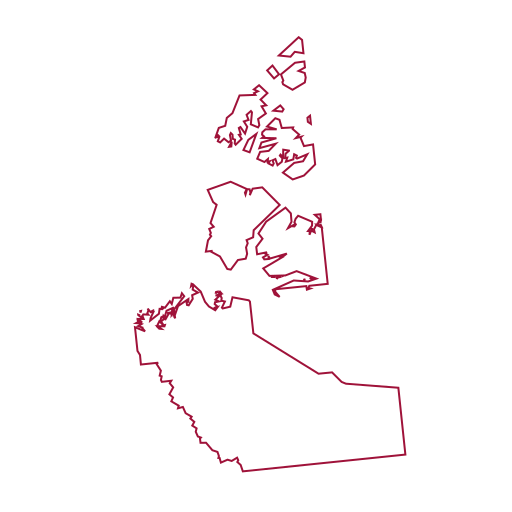 SVG path tracing the border of Northwest Territories, rotated 354°
{"feature_id": "CAN-635", "entity_name": "Northwest Territories", "entity_type": "Territory", "adm_level": 1, "iso_a3": "CAN", "parent_name": "Canada", "parent_adm1": "", "projection": "mercator", "projection_center": [-123.126, 69.383], "detail": "fine", "context": "isolated", "style": "outline", "palette": "rose", "viewbox_px": 512, "rotation_deg": 354, "n_neighbors": 0, "source": "natural_earth", "source_scale": "10m", "svg_char_len": 6153}
<svg xmlns="http://www.w3.org/2000/svg" viewBox="0 0 512 512"><g transform="rotate(354 256 256)"><path d="M128.2,314.2L137.8,319.3L135.2,315.5L136.4,315.7L131.5,313.4L135.1,311.7L132.1,310.4L131.7,307.7L135.8,310.3L132.6,306.3L137.7,306.9L136.8,303.7L137.8,302.3L142.8,303.1L141.9,301.6L143.3,299.0L142.8,297.0L145.4,300.9L148.2,300.8L144.7,306.7L144.0,309.2L153.4,303.3L154.6,298.5L157.2,299.1L158.7,298.0L156.5,298.2L157.1,296.7L160.1,297.9L165.6,292.0L167.2,294.9L169.4,288.9L176.5,289.5L178.4,285.3L180.4,288.5L169.0,300.5L168.2,298.8L161.3,301.1L158.8,307.2L157.9,306.0L157.5,309.0L157.1,306.3L155.4,307.0L154.4,309.6L154.6,312.7L153.0,310.9L150.1,315.6L152.2,318.2L154.3,318.6L150.9,315.5L157.6,316.4L158.2,315.1L155.4,315.4L156.2,313.9L154.7,311.2L157.6,309.3L158.1,307.4L157.7,310.0L158.7,307.5L159.6,309.2L163.3,304.0L161.8,303.4L165.4,303.3L164.8,305.3L166.7,301.8L166.0,305.7L167.4,304.1L166.8,300.1L167.6,304.6L167.6,299.3L167.7,305.6L169.0,301.1L168.2,305.3L169.3,304.3L168.4,308.1L169.1,309.5L169.0,306.6L173.2,297.7L184.3,291.7L183.9,294.5L182.1,294.8L182.3,297.5L183.9,298.0L188.6,292.0L188.4,288.3L194.5,286.3L189.5,282.8L190.8,278.1L197.3,285.6L200.5,296.2L203.9,301.3L209.8,305.7L212.5,302.8L208.5,303.6L212.3,302.1L209.9,299.5L210.4,297.7L214.4,297.3L211.0,295.2L215.9,291.5L211.6,291.1L217.4,290.0L215.0,288.5L216.4,287.6L217.8,289.6L216.5,291.8L217.5,294.2L216.8,296.8L220.3,298.0L216.7,303.8L217.4,304.7L225.1,303.7L228.3,294.6L244.2,299.3L245.2,300.7L245.3,332.7L305.9,379.6L319.5,379.7L328.0,390.2L332.1,392.4L383.8,401.9L383.8,469.1L220.4,468.8L218.9,462.2L215.9,458.9L217.0,457.3L216.1,454.6L210.4,457.3L206.4,455.6L199.5,457.8L198.7,453.1L197.5,452.9L198.2,451.1L197.2,446.8L192.3,444.6L186.8,436.5L181.3,436.0L181.2,431.7L182.2,430.8L179.3,429.4L177.7,424.5L178.9,421.2L174.9,418.0L177.3,414.5L173.7,410.8L175.2,409.1L169.6,405.0L167.5,398.5L162.5,399.3L163.5,396.8L156.6,391.7L158.7,388.0L155.4,384.5L159.9,378.0L156.9,373.5L158.7,371.2L149.2,371.3L148.5,369.3L149.6,365.8L147.7,364.9L149.4,360.1L145.7,352.7L147.6,351.9L130.2,351.9L130.3,342.3L128.2,338.0L128.2,314.2ZM275.2,299.1L270.6,296.2L269.2,291.4L291.0,284.3L305.2,286.8L313.7,284.8L294.8,275.3L283.2,278.4L267.3,277.2L261.9,269.1L281.9,260.0L278.5,258.7L284.2,258.5L286.9,256.8L269.6,260.0L268.3,257.3L268.4,260.3L263.9,260.2L262.8,258.1L267.5,256.0L265.3,254.5L267.3,253.4L257.3,254.4L257.2,247.1L264.3,239.5L260.8,233.9L269.7,222.9L290.4,211.0L295.1,217.3L294.9,225.7L290.7,231.7L298.4,228.3L296.7,230.5L297.3,230.6L298.9,228.8L297.7,226.5L299.3,223.1L302.1,220.4L315.4,227.8L314.9,231.7L310.4,236.6L312.1,236.8L311.4,240.5L314.8,234.1L314.2,236.9L316.8,238.6L316.4,235.6L319.2,231.4L324.4,234.4L324.4,291.2L305.9,291.2L304.7,293.3L306.6,294.0L303.1,294.8L302.9,291.2L271.6,291.1L271.4,293.6L275.2,299.1ZM284.9,207.7L256.4,230.1L255.1,237.1L248.3,239.2L249.1,242.4L247.0,246.4L247.4,252.9L245.5,257.6L237.6,258.1L229.5,266.9L226.1,265.9L220.1,252.7L211.2,246.6L213.4,246.3L206.6,246.4L209.9,235.4L213.5,231.6L212.4,230.0L213.5,228.3L212.3,224.2L217.0,222.5L214.2,218.5L222.2,201.0L219.0,197.9L214.9,185.2L238.5,179.5L253.8,188.4L251.6,191.9L252.0,193.8L254.1,188.6L256.6,189.0L257.1,192.3L256.2,194.9L259.7,188.7L269.4,188.4L284.9,207.7ZM324.4,171.1L312.1,181.0L300.5,183.7L291.5,175.9L303.7,167.4L312.7,166.7L317.6,160.2L307.0,163.4L306.1,162.6L307.1,160.4L304.6,158.8L303.2,163.8L295.6,165.3L297.4,161.4L295.2,161.6L296.1,157.5L296.4,157.1L297.7,156.3L299.8,154.8L299.8,154.6L294.2,153.1L293.3,160.4L291.0,157.7L290.2,158.7L292.5,161.7L291.5,165.0L286.9,167.9L285.4,161.6L282.4,162.6L283.3,165.8L282.0,167.8L278.0,165.2L279.6,163.2L277.4,163.6L278.0,160.8L274.2,163.4L267.4,159.4L271.0,152.9L279.6,152.8L287.3,146.4L270.6,149.1L273.3,143.7L288.6,141.0L274.4,139.2L276.5,137.9L274.7,136.0L275.2,133.6L278.7,131.0L289.8,132.2L280.5,128.4L289.6,121.0L293.6,123.0L295.0,131.4L306.4,132.0L305.7,133.5L311.6,139.8L307.9,142.9L313.6,142.1L312.6,142.9L315.2,151.7L324.4,151.0L324.4,171.1ZM257.9,133.1L254.0,126.1L252.3,126.9L253.5,133.5L251.7,133.7L254.0,138.0L247.4,143.2L246.6,141.9L247.3,138.1L245.2,137.1L245.3,132.9L243.8,131.1L242.7,133.0L243.2,138.6L240.6,140.0L236.5,135.9L232.2,139.3L230.0,137.9L231.8,134.1L230.2,133.7L231.7,132.9L230.9,131.9L227.7,134.6L232.4,124.7L239.0,123.3L241.4,115.6L247.5,111.5L256.4,94.6L272.2,95.7L271.1,93.8L275.1,92.4L271.3,90.1L276.9,86.5L284.4,95.2L276.9,100.9L281.9,107.2L277.2,107.7L280.7,115.3L272.4,120.0L273.0,126.2L271.5,128.3L264.6,124.5L267.0,112.7L266.1,111.3L261.4,114.6L262.8,119.9L258.0,120.9L260.8,126.6L257.9,133.1ZM324.4,73.6L317.7,76.4L323.6,79.1L324.1,83.7L322.7,88.5L309.7,94.5L300.9,88.1L300.4,85.8L301.5,84.4L299.8,78.0L315.0,67.9L324.4,67.6L324.4,73.6ZM324.4,59.3L315.9,57.0L311.2,61.4L299.7,59.0L321.3,42.9L324.4,45.9L324.4,59.3ZM269.1,134.6L260.5,152.2L254.6,149.3L260.5,139.7L269.1,134.6ZM292.3,68.3L297.9,77.7L292.5,81.3L286.5,72.6L292.3,68.3ZM288.5,113.3L295.9,108.8L298.8,112.9L297.2,115.1L288.5,113.3ZM324.4,227.0L322.5,227.3L323.2,226.1L318.8,221.2L324.4,221.2L324.4,227.0ZM324.4,130.3L321.6,128.0L321.6,123.9L324.4,122.1L324.4,130.3ZM240.6,144.6L243.8,139.8L242.9,144.5L240.6,144.6ZM324.1,227.9L323.7,229.3L322.3,229.0L324.1,227.9ZM307.2,283.4L312.0,284.3L308.8,284.6L307.2,283.4ZM189.0,276.9L190.2,277.7L188.3,279.2L189.0,276.9ZM270.7,278.1L273.4,279.0L270.2,278.6L270.7,278.1ZM129.8,310.2L131.0,309.7L131.4,310.5L129.8,310.2ZM134.7,304.3L136.3,304.1L136.9,305.1L136.6,305.9L134.7,304.3ZM135.3,300.2L135.1,298.7L135.9,298.6L135.3,300.2ZM276.6,279.2L279.0,279.3L276.2,279.6L276.6,279.2ZM323.7,231.9L324.1,233.1L322.5,231.9L323.7,231.9ZM132.7,302.0L134.5,303.0L132.7,302.3L132.7,302.0ZM147.6,299.9L146.2,300.1L147.7,299.6L147.6,299.9ZM300.6,284.7L301.8,284.4L302.6,284.8L300.6,284.7ZM274.1,279.0L275.4,278.6L276.1,279.0L274.1,279.0ZM280.6,278.5L281.3,278.5L279.4,279.0L280.6,278.5ZM274.0,279.9L275.7,280.8L273.7,279.9L274.0,279.9ZM213.4,287.5L212.6,288.5L212.2,288.4L212.5,287.6L213.4,287.5ZM320.5,230.9L320.9,231.5L320.0,230.9L320.5,230.9ZM321.7,229.6L322.4,229.7L321.4,229.8L321.7,229.6ZM321.0,230.3L321.8,230.7L320.8,230.4L321.0,230.3Z" fill="none" stroke="#9f1239" stroke-width="2"/></g></svg>